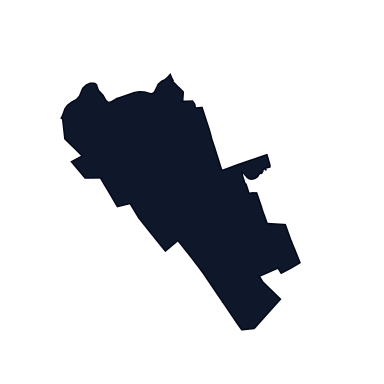 Silistea, Braila, Romania (orthographic projection), rotated 326°
{"feature_id": "2599482B85034366886302", "entity_name": "Silistea", "entity_type": "district", "adm_level": 2, "iso_a3": "ROU", "parent_name": "Romania", "parent_adm1": "Braila", "projection": "orthographic", "projection_center": [27.821, 45.335], "detail": "fine", "context": "isolated", "style": "filled", "palette": "ink", "viewbox_px": 384, "rotation_deg": 326, "n_neighbors": 0, "source": "geoboundaries", "source_scale": "gbopen_adm2", "svg_char_len": 3124}
<svg xmlns="http://www.w3.org/2000/svg" viewBox="0 0 384 384"><g transform="rotate(326 192 192)"><path d="M229.4,310.2L232.9,310.5L234.9,310.6L239.1,310.9L242.0,311.0L243.3,305.0L244.5,299.3L244.9,297.7L246.0,292.0L247.0,287.8L246.9,287.6L248.9,279.8L250.1,275.2L251.1,271.2L247.2,268.2L243.4,265.3L236.7,260.1L239.2,250.6L239.2,250.1L240.3,246.2L240.2,246.1L240.8,244.6L241.3,243.0L244.5,231.2L245.1,228.9L242.6,227.2L242.1,226.7L238.5,225.0L241.2,215.7L240.8,215.4L240.6,215.2L240.8,214.3L240.9,213.9L241.1,213.3L241.6,211.5L242.8,207.3L243.1,206.7L244.5,203.6L244.7,203.8L245.0,204.4L245.1,204.9L245.2,205.2L245.4,205.6L245.5,206.1L245.7,206.5L245.8,207.1L245.6,207.3L245.5,207.9L245.5,208.0L245.9,209.2L245.8,210.3L246.3,211.9L247.1,213.3L247.5,213.8L248.7,214.8L249.1,215.0L250.7,215.6L251.6,215.9L252.9,216.0L254.3,216.0L255.3,215.8L256.6,215.1L258.2,214.6L258.9,214.5L259.9,215.4L260.4,215.4L261.2,214.8L262.1,214.6L263.2,213.3L264.8,213.1L264.8,213.3L265.3,213.4L265.4,214.8L265.8,214.9L266.1,213.5L267.0,213.4L267.7,213.8L268.4,214.0L268.7,214.2L269.0,214.3L269.4,214.5L269.9,214.7L270.7,214.8L271.6,213.4L272.2,211.6L275.0,203.0L274.8,202.9L247.1,195.4L246.5,195.2L233.1,192.0L228.8,190.9L229.7,187.7L231.5,181.5L231.9,180.3L234.4,171.7L235.8,167.1L237.4,161.2L237.7,160.3L238.0,159.1L239.3,155.6L241.1,150.2L243.6,141.4L244.4,138.7L246.7,130.6L247.6,127.5L246.3,126.8L244.7,125.9L242.0,124.4L241.9,123.4L242.1,123.3L242.2,123.2L242.3,123.1L242.5,122.8L242.6,122.5L242.7,122.0L242.7,121.7L242.9,121.6L243.1,121.4L243.2,121.2L243.3,121.0L243.3,120.6L243.3,119.7L243.4,118.7L243.4,118.3L243.2,117.7L243.1,117.4L243.2,117.2L243.3,116.9L234.9,111.6L235.5,111.0L236.0,110.3L236.0,110.2L238.1,107.6L239.1,106.3L240.7,104.2L239.6,98.3L239.4,98.2L239.0,95.9L238.6,93.6L238.3,91.9L238.2,91.4L237.7,89.0L238.7,88.9L238.8,87.1L239.2,84.7L239.7,82.3L236.6,83.2L232.4,83.8L228.8,83.2L224.2,83.8L220.4,86.1L219.7,86.5L216.4,88.3L214.4,88.2L212.9,87.7L208.8,82.8L204.6,79.5L199.8,77.3L185.4,73.5L181.8,72.4L179.4,72.4L174.8,72.0L172.5,70.8L171.8,67.9L172.3,62.1L171.2,55.3L172.8,49.6L172.0,47.4L168.5,44.9L164.4,44.2L159.5,44.9L157.2,46.4L155.7,47.4L152.4,49.6L149.4,50.4L149.0,50.5L147.6,50.7L146.4,50.6L142.7,50.2L137.3,50.5L133.4,51.9L127.5,56.2L127.2,56.4L124.9,57.6L125.2,58.2L125.5,58.8L125.2,59.9L117.8,74.0L116.3,76.8L117.9,84.6L119.0,89.7L120.7,98.3L121.0,99.6L121.0,100.7L109.0,99.5L111.2,120.6L113.8,122.4L124.0,129.1L123.6,135.0L123.0,146.6L122.0,162.4L134.2,166.9L133.4,183.8L134.9,202.9L136.9,226.1L138.5,225.9L145.0,225.2L153.2,224.4L153.8,232.4L154.2,237.3L154.6,242.2L155.1,250.0L155.4,255.5L155.6,258.3L155.8,263.8L155.9,265.3L155.9,269.2L155.9,269.4L155.9,279.5L155.9,282.5L155.9,291.2L156.0,299.7L155.9,299.9L156.0,299.9L156.0,308.7L156.0,317.4L156.0,326.0L156.2,334.1L158.3,335.2L160.2,336.2L160.8,336.5L163.2,337.8L166.9,339.8L167.8,339.8L190.6,334.0L205.4,330.3L203.6,321.4L203.3,320.1L200.4,306.2L200.6,302.1L200.7,299.5L211.9,301.6L212.2,301.6L220.8,303.2L220.6,307.3L220.5,308.9L220.5,309.2L221.3,309.3L224.9,309.7L227.0,309.9L229.4,310.2Z" fill="#0f172a" stroke="#020617" stroke-width="1.5"/></g></svg>